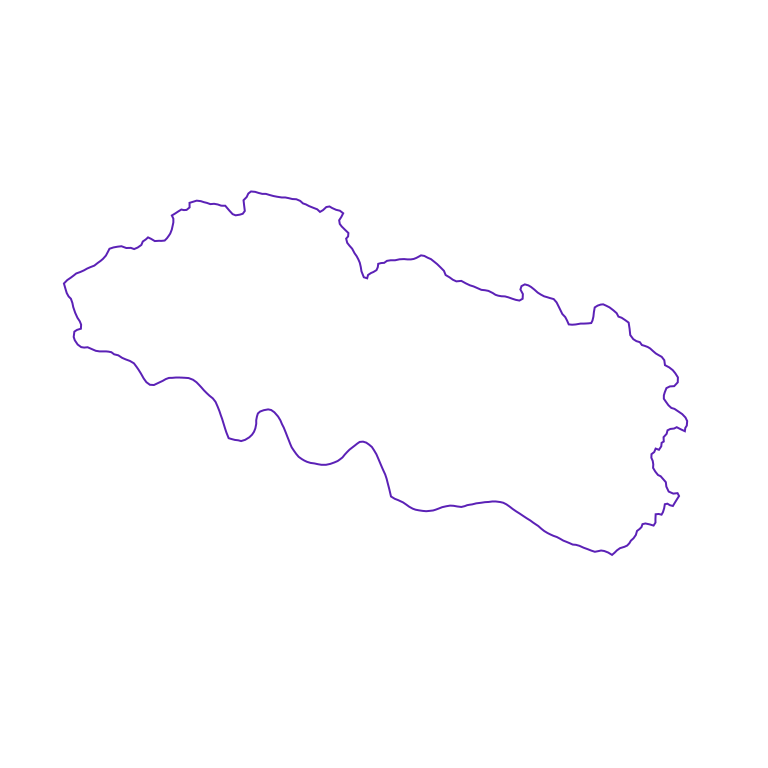 Delfinópolis, Minas Gerais, Brazil (Equal Earth projection), rotated 343°
{"feature_id": "56859067B55529001249038", "entity_name": "Delfinópolis", "entity_type": "district", "adm_level": 2, "iso_a3": "BRA", "parent_name": "Brazil", "parent_adm1": "Minas Gerais", "projection": "equal_earth", "projection_center": [-46.771, -20.369], "detail": "fine", "context": "isolated", "style": "outline", "palette": "violet", "viewbox_px": 768, "rotation_deg": 343, "n_neighbors": 0, "source": "geoboundaries", "source_scale": "gbopen_adm2", "svg_char_len": 6058}
<svg xmlns="http://www.w3.org/2000/svg" viewBox="0 0 768 768"><g transform="rotate(343 384 384)"><path d="M357.8,493.6L360.7,496.9L363.6,499.2L367.6,502.8L370.0,505.8L372.2,508.7L375.0,511.6L377.4,513.4L380.4,515.0L384.0,516.7L387.2,518.0L390.7,518.7L394.0,519.3L396.6,519.3L399.8,519.1L403.6,518.8L407.6,519.1L411.6,519.6L414.9,520.8L418.2,522.5L422.0,524.2L425.6,524.4L428.1,524.2L430.6,524.5L433.1,524.9L437.3,525.1L442.4,526.0L445.9,526.5L449.6,527.4L453.2,528.0L456.5,529.0L460.7,530.9L463.3,532.4L465.9,534.9L468.4,538.1L470.5,541.1L473.2,544.5L475.8,547.5L478.4,550.7L481.2,554.1L484.1,557.4L486.0,560.0L488.1,562.6L490.0,564.9L492.2,568.5L494.2,571.4L496.8,574.3L499.0,576.4L501.6,578.7L504.6,580.9L507.2,583.5L509.7,586.2L512.1,588.1L515.0,590.5L517.5,592.7L520.5,593.9L523.6,595.9L527.0,598.9L530.6,601.6L533.6,604.0L536.6,606.1L540.3,606.5L542.9,606.7L545.8,608.1L549.1,610.7L552.1,614.1L555.3,612.7L558.1,611.2L561.7,610.0L566.3,610.0L569.3,609.6L572.1,608.0L574.3,606.0L577.5,604.5L580.7,602.0L583.0,598.5L586.0,597.4L588.4,596.1L590.2,593.6L593.2,593.8L596.8,595.8L600.4,598.2L603.1,595.9L604.1,592.5L605.7,588.0L608.7,588.6L611.2,590.1L613.3,588.1L615.6,584.7L617.4,581.1L620.0,581.3L622.1,583.6L624.6,585.1L627.5,582.5L630.8,579.6L633.4,577.4L632.8,574.2L628.6,573.4L624.8,570.1L624.0,564.7L624.8,560.3L623.0,556.2L621.6,553.1L619.4,551.1L617.8,547.0L616.8,542.9L618.0,539.6L618.5,536.1L618.1,532.7L619.3,529.3L622.5,528.1L624.9,525.2L627.7,527.3L630.9,524.7L632.3,521.4L634.7,520.8L635.8,516.6L639.7,514.3L641.6,511.2L644.7,510.7L648.4,511.4L651.3,510.9L654.8,514.3L657.9,517.1L659.3,514.1L661.4,512.3L663.1,508.1L662.5,504.2L660.4,500.0L657.6,496.5L654.5,492.7L651.8,490.9L649.8,487.5L648.4,483.4L647.3,479.9L648.3,476.7L650.1,474.0L652.9,470.5L656.7,469.9L660.9,470.9L665.4,468.3L667.0,463.6L665.7,458.9L664.2,455.2L661.6,451.5L658.2,448.1L659.0,443.2L657.5,439.2L655.0,436.6L652.9,434.3L650.8,431.0L648.9,427.8L647.0,425.7L644.4,423.7L642.0,422.1L640.9,418.8L637.9,416.8L635.5,414.0L633.8,409.2L635.0,403.0L635.9,396.8L633.4,393.5L630.6,390.1L627.9,388.1L627.2,384.3L624.9,380.6L622.1,376.7L619.4,374.1L616.9,371.9L614.4,371.4L611.2,371.5L607.9,372.4L605.8,376.5L603.9,380.9L601.9,384.3L600.0,386.3L596.9,385.7L593.3,384.8L589.5,383.7L584.7,383.1L581.2,382.3L578.1,381.0L577.6,376.8L576.9,373.0L575.0,369.2L573.7,361.1L572.9,356.4L571.1,352.4L567.6,350.2L565.3,348.6L562.8,347.0L560.1,344.3L557.7,341.5L555.4,337.7L553.0,334.2L550.9,331.9L547.8,329.9L544.1,330.6L542.1,333.5L543.1,338.6L541.5,343.0L537.9,343.8L534.7,342.1L531.8,340.1L528.3,337.5L525.3,335.6L521.9,334.4L519.0,332.9L516.7,331.3L514.6,328.8L511.1,325.5L508.1,323.9L504.6,322.4L501.7,319.9L498.2,316.9L495.1,314.8L491.7,311.7L488.1,308.0L483.2,307.0L480.3,304.4L477.9,301.2L474.8,297.8L474.4,293.3L472.2,289.1L469.9,284.9L467.6,281.5L465.4,278.3L462.7,276.0L460.0,273.3L457.0,271.8L454.3,272.4L451.7,272.9L449.0,273.1L446.1,272.7L443.1,271.8L439.7,270.4L435.4,269.3L430.7,268.9L426.4,267.6L422.8,267.1L419.6,268.2L416.6,267.5L413.6,267.4L412.2,270.5L410.1,272.9L406.6,273.8L403.9,274.1L400.6,275.1L398.8,278.0L395.9,276.0L395.4,269.6L396.0,265.3L396.3,260.9L395.9,257.3L395.2,253.7L394.1,250.4L393.1,245.3L391.4,241.6L390.1,238.2L390.3,233.9L392.8,232.4L394.1,229.2L391.8,225.1L389.6,221.0L388.5,218.0L389.0,214.3L392.2,211.6L394.9,208.8L392.5,205.4L389.1,203.4L385.8,200.5L383.8,198.3L380.6,197.9L376.5,199.9L373.1,200.7L371.2,197.4L368.0,194.9L364.3,191.9L361.8,189.4L359.3,187.6L357.4,184.4L354.2,181.7L350.4,180.3L347.2,178.4L344.2,176.8L340.7,175.7L336.4,173.6L333.2,171.9L329.7,169.7L326.7,167.7L323.2,166.6L319.9,164.6L317.0,162.6L313.1,161.0L309.9,162.2L307.4,165.0L303.4,167.2L302.4,172.6L301.5,177.8L298.7,179.9L295.6,179.9L291.4,179.3L288.9,177.3L286.8,172.9L284.3,167.1L280.5,165.9L277.5,163.7L274.2,162.0L270.5,161.2L267.7,159.1L265.0,157.5L262.3,155.6L258.5,153.9L254.6,153.9L251.0,153.9L249.7,158.3L246.1,159.8L243.5,159.2L241.2,157.9L237.8,158.8L233.7,160.0L230.4,160.8L230.9,164.3L229.8,167.9L228.3,170.6L226.2,174.3L223.5,177.7L221.4,179.4L219.0,181.2L216.2,182.7L213.2,182.1L210.4,181.2L206.6,180.3L203.6,177.0L201.2,174.8L198.5,176.1L195.0,177.2L192.6,180.1L188.3,181.5L184.5,181.9L181.7,179.8L177.3,178.6L173.2,175.5L169.4,174.8L165.2,174.3L161.0,174.4L158.5,177.0L155.6,179.9L151.8,182.2L149.0,183.4L145.7,184.5L141.6,186.1L137.4,186.4L133.9,186.8L130.3,187.6L126.3,188.1L122.0,188.3L119.0,189.5L115.7,190.7L111.5,192.0L107.3,194.3L107.2,200.5L107.2,204.3L108.0,208.1L109.5,210.9L109.7,215.4L109.3,219.6L109.5,225.6L110.2,231.0L111.4,235.1L111.7,238.7L110.3,242.5L106.2,242.5L103.2,243.4L101.0,248.3L101.1,251.8L102.6,256.7L105.2,260.2L107.9,261.5L111.3,262.2L114.7,265.1L118.1,268.0L121.4,269.6L124.9,270.7L127.6,271.5L130.0,272.5L132.6,273.9L134.6,276.7L138.3,278.9L141.2,282.4L144.0,284.8L147.8,287.7L150.9,291.1L152.4,295.3L153.4,298.4L154.6,302.9L155.8,308.4L157.3,312.8L159.9,316.3L163.7,317.7L168.4,317.0L173.3,316.3L176.7,315.5L180.1,315.3L183.3,316.2L187.0,317.0L191.1,318.3L195.0,319.7L198.9,321.2L202.6,324.1L205.2,327.5L206.8,330.6L208.4,333.9L209.9,337.3L211.8,340.9L213.7,344.2L216.1,347.7L217.7,351.9L218.3,357.0L218.7,361.9L218.8,366.3L219.0,369.9L219.0,375.3L219.0,379.7L219.1,384.3L219.6,390.4L222.5,392.3L225.1,393.9L228.1,395.2L230.7,396.8L234.9,396.8L239.6,395.6L243.0,393.9L245.7,391.7L248.0,388.8L250.2,384.7L251.2,381.3L253.0,377.9L254.8,375.3L257.5,374.1L261.3,373.9L265.8,374.4L268.5,375.9L270.9,379.0L273.2,384.1L274.3,388.5L274.7,392.5L275.4,396.4L275.9,402.1L276.2,406.4L276.5,409.9L276.8,414.0L277.2,417.6L278.4,421.6L279.6,425.2L281.1,428.7L283.4,431.7L285.3,433.8L287.6,435.9L290.7,438.0L294.2,439.6L297.4,441.4L300.6,443.0L304.8,444.3L309.3,444.7L313.6,444.5L317.2,444.1L319.9,443.2L322.8,442.1L325.9,440.0L328.8,438.3L331.8,436.7L335.2,435.4L337.9,434.4L340.9,433.2L343.8,432.3L347.1,433.0L349.9,434.9L352.0,437.6L354.0,440.7L355.1,444.5L356.2,449.0L356.8,454.5L357.3,459.4L357.7,463.2L358.1,466.5L358.7,470.9L358.8,475.4L358.6,479.4L358.3,486.3L357.8,493.6Z" fill="none" stroke="#5b21b6" stroke-width="2"/></g></svg>